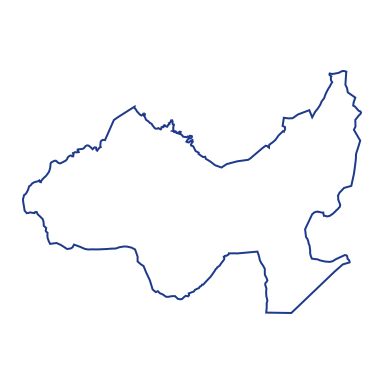 Tudun Wada, Kano, Nigeria
{"feature_id": "59680162B84327981884458", "entity_name": "Tudun Wada", "entity_type": "district", "adm_level": 2, "iso_a3": "NGA", "parent_name": "Nigeria", "parent_adm1": "Kano", "projection": "natural_earth1", "projection_center": [8.54, 11.305], "detail": "fine", "context": "isolated", "style": "outline", "palette": "blue", "viewbox_px": 384, "rotation_deg": 0, "n_neighbors": 0, "source": "geoboundaries", "source_scale": "gbopen_adm2", "svg_char_len": 5882}
<svg xmlns="http://www.w3.org/2000/svg" viewBox="0 0 384 384"><path d="M266.2,312.6L291.3,313.0L334.6,271.6L342.8,264.4L349.6,262.4L349.5,261.4L349.0,260.1L347.5,258.7L347.2,256.2L346.3,255.3L344.9,255.1L343.2,255.8L335.7,259.3L332.7,261.2L329.7,261.9L324.9,261.5L320.1,260.4L317.4,259.3L314.3,259.0L311.8,258.6L310.7,255.6L310.1,253.1L310.2,250.8L309.9,248.5L309.6,245.7L308.6,243.4L308.4,241.8L307.5,239.1L306.0,236.9L305.1,229.2L312.2,214.2L314.4,212.4L316.1,211.8L317.4,211.8L317.5,211.6L318.0,211.6L318.3,211.7L318.5,211.8L318.9,211.9L319.1,212.0L319.4,212.0L321.4,212.5L323.3,212.6L323.4,213.7L323.9,215.8L325.0,215.8L326.7,216.3L327.7,216.4L328.5,216.1L329.7,215.9L330.6,215.2L332.1,214.3L333.3,213.3L334.4,212.3L335.4,211.4L336.4,210.2L337.7,209.2L338.7,208.0L339.9,206.7L340.2,204.8L339.3,202.3L338.6,200.6L338.2,199.4L338.2,196.8L337.9,195.7L338.6,194.6L339.5,192.7L344.1,187.9L351.3,185.9L354.0,173.5L355.5,162.3L355.9,158.3L356.0,154.5L356.5,152.4L358.0,148.0L360.2,140.6L353.9,129.8L355.5,126.5L355.3,119.9L358.8,115.5L360.5,113.9L361.0,112.4L360.3,111.4L358.7,110.8L354.9,106.5L353.2,105.6L353.6,102.5L355.3,97.6L347.8,92.4L347.0,88.0L345.4,84.7L346.2,72.4L346.4,71.9L346.4,71.7L345.2,71.4L344.9,71.2L343.8,71.0L343.3,71.0L342.5,71.1L342.3,71.1L342.2,71.1L341.8,71.3L341.7,71.3L341.2,71.6L338.5,72.9L332.6,74.0L329.7,73.5L329.4,74.4L329.6,75.0L330.6,75.8L331.3,76.3L330.9,76.9L330.9,78.0L330.9,79.6L331.4,81.1L332.2,82.2L331.6,83.1L330.5,85.0L329.7,86.7L328.8,87.9L327.0,91.1L325.3,94.8L324.1,98.3L321.7,101.3L320.5,104.2L319.7,105.7L317.6,108.8L315.3,111.6L312.2,117.3L309.3,110.2L298.1,114.4L292.6,118.2L288.7,118.4L283.8,117.8L283.8,118.4L282.6,125.9L285.0,127.1L285.0,128.2L285.1,129.0L284.6,130.3L284.0,131.4L283.9,131.7L283.0,131.2L278.6,135.4L275.5,139.8L272.8,142.2L269.3,144.7L269.3,145.5L269.0,146.1L269.0,147.6L268.7,147.4L268.2,147.1L267.9,146.8L267.8,146.7L267.6,146.4L267.3,146.1L267.2,146.0L266.2,145.9L265.7,145.7L262.3,148.2L250.6,158.2L248.2,159.8L237.3,161.3L226.7,164.1L221.5,167.5L215.2,165.3L210.3,161.5L205.8,158.8L205.2,156.8L203.0,157.0L201.2,155.8L198.5,153.9L198.7,152.7L195.7,151.1L194.7,149.3L194.0,147.7L193.2,146.3L191.1,145.5L190.9,144.6L191.5,143.7L192.0,142.5L191.9,141.4L192.7,141.5L192.4,140.0L190.7,140.9L188.9,142.4L187.3,142.2L186.4,141.7L188.2,139.0L189.0,138.3L189.8,138.5L191.0,138.1L192.0,136.9L191.8,136.1L191.0,135.9L189.7,135.8L188.7,137.1L187.7,136.5L186.7,137.2L183.2,136.7L181.9,135.0L180.8,134.3L180.4,133.7L180.7,131.9L179.9,131.7L179.5,133.1L179.1,133.8L178.3,133.4L178.0,132.6L177.4,133.1L176.6,133.0L176.2,132.1L175.8,131.5L175.1,131.2L174.7,132.1L173.9,131.9L173.7,131.2L172.3,130.9L173.1,130.3L173.4,129.0L173.2,127.7L173.5,126.7L173.4,126.0L173.9,125.2L173.9,124.6L172.8,124.3L172.5,123.1L172.6,121.6L172.2,120.3L171.2,120.3L170.8,121.6L169.8,122.7L168.9,123.2L169.4,124.2L167.9,125.2L167.3,126.7L166.3,126.5L165.6,126.2L165.2,125.5L164.8,125.3L164.3,125.2L164.1,126.3L163.5,126.2L163.1,127.1L162.2,126.9L161.4,127.3L161.5,128.0L160.9,129.3L160.4,129.3L159.1,128.6L158.4,128.1L157.3,128.6L155.7,128.7L154.4,127.8L153.4,126.4L152.5,125.6L152.2,124.5L151.1,123.5L150.0,123.0L148.9,121.9L148.2,121.2L147.2,120.6L145.9,119.6L145.2,117.6L144.0,115.8L144.8,115.1L144.9,114.4L144.0,114.5L143.9,113.6L143.3,113.7L143.0,114.7L142.2,115.0L141.6,115.5L140.6,115.1L139.5,114.2L138.3,112.8L136.8,111.2L136.2,110.0L135.3,108.8L134.7,108.3L134.6,107.3L134.6,106.6L118.4,116.9L113.9,120.0L105.0,140.1L102.8,139.9L101.2,140.8L100.6,142.1L100.3,145.9L100.7,147.1L99.6,147.5L98.7,148.6L97.2,150.7L96.4,149.9L96.1,147.6L94.6,147.3L92.6,149.2L91.8,148.4L90.8,147.3L89.7,146.5L89.0,145.9L88.0,145.4L86.7,145.5L85.6,146.1L84.8,147.0L84.0,148.1L82.8,148.8L80.7,149.1L78.5,149.3L77.7,149.5L77.6,150.5L78.4,151.3L78.7,152.1L78.2,152.2L77.5,152.3L76.7,152.4L75.3,152.1L74.3,152.5L73.8,153.2L73.0,153.2L73.1,153.7L73.5,154.8L73.2,156.3L72.1,156.3L71.4,155.6L70.2,155.6L69.1,156.2L67.7,157.5L67.1,159.1L65.9,160.5L64.4,161.3L62.6,162.3L60.1,163.4L58.5,163.0L57.3,161.9L56.0,160.8L54.7,160.7L53.7,161.2L52.2,161.9L51.2,162.5L50.6,163.6L50.2,167.8L49.1,171.7L46.2,175.7L43.0,178.7L41.2,180.9L40.9,182.2L40.1,182.0L39.3,180.4L37.7,181.4L35.6,181.8L33.5,182.6L31.9,183.7L30.7,185.3L29.1,186.3L28.5,188.4L27.7,190.6L26.4,192.9L25.4,194.3L24.1,195.0L23.6,197.1L23.0,199.0L23.2,202.0L24.1,207.2L24.6,210.7L26.8,213.2L28.2,213.0L30.2,212.4L32.3,212.8L34.5,213.1L35.2,212.0L36.8,212.1L37.6,214.2L40.0,216.4L42.7,219.1L43.5,221.7L43.7,223.6L43.8,225.9L44.8,226.7L46.2,228.0L45.7,230.7L46.0,231.5L47.5,232.7L47.4,235.7L47.6,237.9L48.8,241.3L50.1,243.9L56.5,243.0L60.7,244.9L63.6,246.7L65.7,248.1L67.1,249.0L70.6,248.5L72.6,247.3L73.4,245.7L74.0,244.6L80.0,246.8L84.8,248.9L86.2,249.2L88.5,249.5L92.6,249.3L94.8,249.4L97.9,249.4L107.4,249.0L110.1,248.7L115.8,248.5L119.5,247.2L121.1,247.0L123.4,246.5L124.5,246.5L127.1,246.6L131.5,247.6L135.1,249.5L137.6,256.6L137.6,261.5L141.1,264.5L143.4,265.9L143.7,266.5L143.9,266.8L145.6,271.1L146.0,272.1L149.9,280.4L152.6,289.4L154.4,291.0L155.8,292.1L157.8,291.2L159.8,293.2L162.7,294.4L166.1,296.8L168.6,296.8L171.4,296.2L175.0,296.1L177.8,298.8L180.3,299.3L182.1,299.0L183.3,297.7L185.7,295.8L188.2,296.3L189.1,295.2L188.7,293.4L193.9,291.5L194.9,289.9L197.1,288.8L198.9,288.1L199.8,286.6L201.1,286.1L202.1,284.6L203.3,284.6L205.4,282.2L210.7,276.6L214.5,271.2L215.7,269.1L216.8,268.3L217.3,267.3L219.5,265.8L221.7,262.6L223.5,260.4L224.2,259.2L224.4,257.7L223.9,257.3L223.7,256.9L223.9,256.7L224.6,256.1L225.5,255.7L226.4,255.8L227.9,254.9L228.6,254.4L228.9,253.3L230.0,253.4L233.7,253.3L237.6,253.4L257.4,251.6L258.5,254.6L259.4,257.8L259.7,259.8L261.0,262.6L263.1,265.7L264.8,268.8L264.8,272.6L264.9,274.9L266.4,277.7L267.4,280.4L266.5,282.0L265.4,283.1L265.2,284.8L266.4,288.4L266.1,292.8L266.4,296.4L267.4,300.6L266.7,303.2L266.7,307.8L266.2,312.6Z" fill="none" stroke="#1e3a8a" stroke-width="2"/></svg>